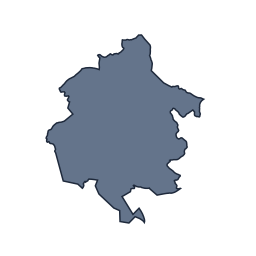 the district of San Mateo Piñas, Oaxaca, Mexico, rotated 38°
{"feature_id": "50627088B69367718674541", "entity_name": "San Mateo Piñas", "entity_type": "district", "adm_level": 2, "iso_a3": "MEX", "parent_name": "Mexico", "parent_adm1": "Oaxaca", "projection": "robinson", "projection_center": [-96.334, 15.975], "detail": "fine", "context": "isolated", "style": "filled", "palette": "slate", "viewbox_px": 256, "rotation_deg": 38, "n_neighbors": 0, "source": "geoboundaries", "source_scale": "gbopen_adm2", "svg_char_len": 5751}
<svg xmlns="http://www.w3.org/2000/svg" viewBox="0 0 256 256"><g transform="rotate(38 128 128)"><path d="M169.9,58.7L168.6,59.1L167.7,59.2L166.8,59.5L165.9,60.1L165.0,60.7L163.6,61.3L162.7,61.5L160.4,62.0L158.0,62.2L157.3,62.2L156.0,62.3L155.1,62.5L154.3,63.1L153.6,63.4L153.0,63.7L152.3,63.8L151.5,63.7L150.6,63.4L150.0,63.0L148.6,63.5L147.8,63.9L146.7,64.0L146.2,63.9L145.7,64.0L145.4,64.4L145.0,65.1L144.5,65.6L143.5,65.5L142.4,64.4L141.8,64.0L141.2,64.2L140.7,64.7L140.2,65.2L139.8,66.0L139.3,66.6L138.7,67.0L138.2,67.4L137.8,67.5L137.3,68.8L135.4,69.2L134.2,69.5L128.3,70.5L111.1,68.5L110.6,67.7L110.3,67.0L110.0,66.4L109.4,65.4L107.6,62.5L106.9,61.8L105.0,60.5L104.0,60.1L103.4,59.5L102.3,58.7L100.8,57.8L100.4,57.6L100.2,56.8L99.7,55.7L98.1,53.4L97.4,52.7L96.2,50.8L95.7,50.2L94.3,49.1L86.5,47.7L81.4,46.4L79.1,48.3L79.1,49.6L78.9,51.0L78.9,52.0L78.7,52.4L78.3,53.1L77.6,54.1L77.5,54.6L77.1,55.0L76.5,56.3L76.0,56.5L74.9,57.8L73.5,58.4L72.8,58.8L72.1,60.1L70.0,61.7L69.4,61.9L69.3,62.2L69.7,62.7L70.7,64.2L71.0,64.8L71.5,65.6L72.2,66.4L73.4,67.4L74.1,67.7L74.8,67.7L75.1,67.6L75.5,67.7L75.9,68.1L75.9,68.7L76.0,69.7L75.7,71.3L75.7,72.0L75.4,73.0L75.2,73.7L74.8,74.1L74.9,74.8L74.9,75.4L74.6,75.8L73.3,76.2L72.4,77.1L71.7,77.9L71.4,78.1L71.3,78.7L71.3,79.3L71.0,79.7L70.7,80.0L70.2,80.2L68.5,80.4L68.2,81.1L68.1,81.9L67.8,82.8L67.5,83.5L67.4,84.3L67.2,85.1L66.8,85.8L66.0,86.6L65.6,87.0L65.2,87.1L63.9,87.4L63.4,87.6L60.9,87.5L60.1,87.9L59.4,89.0L59.4,89.4L61.2,90.0L62.7,90.1L65.2,94.7L68.1,97.8L69.3,99.7L68.1,100.1L66.9,100.5L64.6,101.6L63.7,102.2L62.8,102.6L60.8,103.9L57.7,106.6L56.5,108.2L55.3,109.6L55.4,111.9L54.9,115.1L54.2,118.1L53.9,120.4L52.2,124.1L51.6,125.2L51.2,126.5L50.7,128.7L50.6,130.9L50.7,132.1L50.4,133.8L50.3,135.5L50.2,136.1L50.1,137.2L50.1,137.6L49.7,138.1L49.5,138.5L49.4,138.9L49.8,139.5L50.4,139.9L51.1,140.2L51.6,140.3L52.1,140.8L52.7,140.9L53.2,141.0L53.9,140.1L55.5,138.7L56.4,138.9L56.7,139.1L57.3,140.7L57.8,141.3L58.3,141.7L58.7,141.6L59.7,141.0L60.7,140.0L61.1,139.4L61.7,139.4L62.0,139.5L62.3,140.3L62.6,141.2L62.7,142.2L62.9,143.1L63.4,143.4L65.1,143.7L65.9,143.4L68.3,149.3L76.0,151.0L73.6,161.8L71.8,164.5L70.1,166.1L69.5,167.1L68.7,167.9L68.0,171.0L67.8,172.8L68.1,174.6L68.2,176.0L68.1,176.8L67.4,177.7L67.0,178.4L66.9,179.1L67.0,179.7L67.8,181.1L68.2,182.2L68.7,182.7L68.8,183.0L69.1,183.6L69.2,184.8L69.2,185.0L69.4,185.6L69.7,186.4L70.3,186.6L71.0,186.6L71.2,187.3L72.0,188.5L72.5,188.8L72.9,188.8L73.2,188.7L73.5,188.6L73.7,187.8L74.0,187.7L74.5,187.5L74.8,187.6L75.2,187.9L75.8,188.1L76.8,187.8L77.6,187.2L79.0,186.8L79.5,186.8L80.3,187.1L81.3,187.4L83.3,188.9L83.6,189.0L84.0,189.4L84.3,190.5L84.4,191.0L84.6,191.4L86.4,192.2L109.6,209.6L123.0,203.1L128.3,203.5L129.1,203.6L129.2,202.8L128.9,201.3L128.6,200.6L128.3,200.2L127.3,199.6L127.0,199.1L127.1,198.6L127.0,198.1L126.9,197.7L127.0,196.6L127.3,196.4L127.7,196.4L127.9,196.6L128.3,195.5L128.6,194.8L128.8,194.2L128.5,193.3L128.7,192.2L129.2,192.0L130.4,191.1L133.0,189.5L136.1,187.8L137.9,193.7L145.7,197.9L166.1,199.8L172.3,198.2L179.3,206.6L187.2,202.3L188.2,193.5L192.8,192.2L194.7,192.0L196.3,191.9L197.9,192.0L199.0,192.4L198.7,191.6L198.1,190.8L197.2,189.9L194.9,188.3L192.3,186.8L189.6,185.6L186.1,184.4L185.1,193.0L165.5,185.7L169.1,176.7L167.8,174.1L168.9,172.7L170.0,172.0L170.1,171.5L170.0,171.0L169.6,170.7L169.3,170.4L168.7,170.3L167.7,170.1L167.7,169.7L168.2,169.3L169.8,169.0L170.8,168.8L172.9,167.8L174.0,166.9L174.5,166.6L175.4,166.5L176.2,166.1L177.8,165.4L179.3,164.5L181.2,163.0L181.8,162.2L183.1,162.6L184.6,162.6L192.2,163.0L197.1,157.4L198.9,155.5L199.9,154.6L200.6,153.8L202.1,152.8L203.1,151.7L204.3,149.9L205.1,148.1L206.3,144.5L206.6,143.3L206.3,143.4L205.5,144.6L204.9,145.1L204.1,145.5L203.4,145.7L202.8,145.0L202.2,143.6L202.0,143.3L200.7,142.8L199.3,142.6L198.7,142.1L198.4,141.7L197.9,141.6L197.0,141.1L197.0,140.7L197.2,140.3L197.8,139.4L198.2,139.3L198.6,138.7L198.9,138.2L199.0,137.6L198.9,137.2L198.7,135.8L198.6,135.3L198.7,134.1L198.7,133.6L198.2,133.2L197.7,133.4L196.6,133.6L195.7,133.8L195.4,134.0L194.1,134.3L193.3,134.4L192.3,134.5L191.1,134.4L190.3,134.2L189.3,134.2L188.2,134.2L185.9,134.3L184.7,134.2L184.0,134.0L183.0,133.9L182.5,133.8L181.9,133.5L181.3,132.8L181.1,132.2L181.2,131.3L181.4,129.7L181.7,128.7L181.6,128.0L181.4,127.6L180.9,127.6L181.3,126.9L181.7,126.6L182.3,126.2L183.6,124.7L184.6,124.0L185.9,122.9L186.4,122.3L187.0,120.9L187.5,118.3L187.9,117.2L188.4,116.0L188.5,113.9L188.2,113.0L187.6,112.6L187.0,112.1L186.5,111.2L186.1,110.4L186.0,109.4L186.3,108.7L186.4,107.8L186.4,106.9L186.3,106.5L185.9,106.3L185.4,105.9L184.4,104.7L183.6,103.9L182.8,103.1L181.7,102.7L179.7,102.7L177.7,102.6L176.5,102.6L175.7,103.3L175.4,104.2L175.0,105.1L174.5,105.5L173.7,105.6L172.9,105.6L172.1,105.4L171.6,105.1L171.2,104.8L170.6,104.4L170.2,103.9L169.6,103.3L169.4,102.5L169.4,101.1L169.5,100.6L169.7,99.9L169.5,99.1L169.4,98.7L168.3,98.0L167.6,97.8L166.2,96.8L165.8,95.5L165.5,95.1L165.3,94.8L164.2,94.4L163.8,94.1L162.8,93.7L161.8,93.8L160.9,93.8L160.2,93.7L159.5,93.7L158.9,93.4L158.3,93.4L157.6,92.7L157.0,92.2L156.3,91.8L155.6,91.1L153.9,90.4L152.2,90.1L151.3,89.2L151.1,88.3L151.3,87.5L151.6,86.9L151.8,86.2L151.6,85.9L151.3,85.1L151.8,84.4L152.8,84.1L153.5,84.1L154.0,84.4L157.1,84.4L158.1,84.6L158.8,84.8L159.7,85.4L161.8,85.7L163.6,85.7L164.6,85.6L165.1,85.0L165.5,84.0L165.7,83.1L165.6,82.1L165.6,80.8L166.3,79.5L168.0,73.9L170.6,74.4L171.1,75.2L172.0,76.4L172.6,76.9L173.1,77.1L174.2,76.9L175.1,76.7L175.8,76.1L176.7,75.7L177.4,75.3L177.4,74.7L177.0,74.0L176.3,72.4L175.1,71.6L174.4,71.2L173.9,70.7L173.3,69.8L172.6,68.8L172.2,68.3L171.8,68.0L171.2,66.9L170.3,65.8L169.8,64.9L169.5,63.8L169.3,62.8L169.3,60.9L169.9,58.7Z" fill="#64748b" stroke="#1e293b" stroke-width="1.5"/></g></svg>